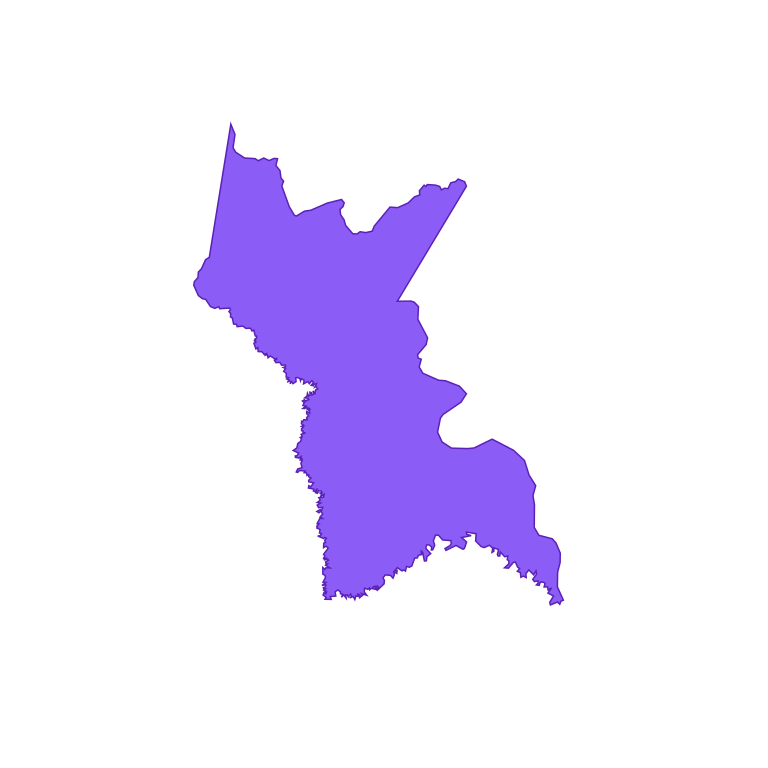 outline of Santander (Araracuara), Amazonas, Colombia, rotated 31°
{"feature_id": "7082276B22108715685729", "entity_name": "Santander (Araracuara)", "entity_type": "district", "adm_level": 2, "iso_a3": "COL", "parent_name": "Colombia", "parent_adm1": "Amazonas", "projection": "robinson", "projection_center": [-71.884, -1.077], "detail": "fine", "context": "isolated", "style": "filled", "palette": "violet", "viewbox_px": 768, "rotation_deg": 31, "n_neighbors": 0, "source": "geoboundaries", "source_scale": "gbopen_adm2", "svg_char_len": 6170}
<svg xmlns="http://www.w3.org/2000/svg" viewBox="0 0 768 768"><g transform="rotate(31 384 384)"><path d="M649.1,476.9L637.1,468.6L629.8,456.0L626.9,446.3L622.2,438.2L613.5,431.8L608.0,430.0L594.7,433.9L586.7,429.6L575.1,409.9L569.2,403.0L566.4,393.0L555.3,387.4L543.8,377.2L529.2,374.1L505.1,375.6L494.1,392.5L488.9,396.3L474.9,404.2L463.7,403.8L454.7,397.7L449.9,384.1L450.4,379.5L459.4,359.9L459.7,349.9L449.7,347.0L434.9,349.6L429.0,352.6L411.8,354.8L405.4,351.3L403.2,343.6L399.9,344.1L397.7,341.6L399.8,328.5L397.6,322.0L379.7,311.1L373.7,299.9L367.7,298.3L364.5,299.0L352.8,306.2L352.8,172.0L348.9,169.1L342.1,170.1L341.1,173.6L337.6,177.2L338.2,183.6L334.9,185.1L333.2,188.0L330.0,186.0L325.7,187.0L318.3,190.8L318.3,193.1L316.0,192.9L314.8,200.1L317.3,203.5L313.8,207.7L311.5,216.3L304.9,225.8L298.0,229.3L294.3,253.8L295.2,259.0L290.4,263.6L285.1,265.8L283.6,269.3L279.9,271.3L269.4,267.8L265.2,263.8L259.7,261.3L256.4,257.1L257.5,253.1L256.6,249.2L252.6,247.7L242.2,258.1L231.8,272.7L226.8,276.8L222.4,285.1L220.4,285.6L211.6,280.9L194.4,266.9L193.5,261.9L189.6,260.5L185.0,254.7L178.8,252.4L176.7,245.7L173.6,247.2L170.4,251.7L164.6,252.2L161.2,257.4L157.4,257.2L148.1,262.1L137.5,261.7L132.9,259.2L127.8,246.9L118.9,240.2L169.0,365.4L167.0,369.4L168.2,379.3L167.2,383.6L169.7,388.5L168.7,394.0L170.0,397.3L179.3,403.8L184.4,404.4L187.5,403.3L195.4,407.0L200.0,406.3L202.5,402.9L204.4,404.1L212.6,398.4L214.1,399.3L213.8,401.8L216.3,402.6L217.9,405.6L220.1,405.6L224.2,410.1L226.8,408.8L228.6,410.5L233.2,407.0L236.9,407.5L240.8,405.0L243.6,406.5L244.6,404.9L248.9,409.1L250.0,408.6L251.1,410.1L250.2,412.3L251.5,412.7L250.8,413.8L252.7,414.3L251.5,416.1L256.1,419.9L257.0,417.8L259.4,421.0L262.9,419.2L265.9,420.3L267.4,418.7L267.5,420.4L268.8,418.9L271.1,421.2L272.2,418.5L277.8,418.7L278.7,417.3L279.3,418.3L277.8,420.1L280.3,421.4L283.6,419.1L286.4,420.6L289.8,418.6L290.7,419.9L289.2,421.7L291.6,421.4L291.4,424.8L294.8,425.2L296.5,428.4L298.9,427.8L298.0,429.8L300.5,429.4L300.4,432.5L300.6,430.3L302.8,430.1L303.4,432.2L303.5,429.6L305.8,430.6L307.4,427.2L305.1,424.1L306.5,423.0L309.2,422.7L310.8,424.3L310.4,422.1L313.6,421.9L314.9,425.3L317.6,421.0L319.8,422.3L320.5,418.3L322.9,419.2L322.2,422.6L324.4,421.9L324.0,420.5L326.0,418.5L326.3,422.4L327.1,421.1L329.8,422.4L328.4,424.2L329.6,427.4L326.6,426.5L329.1,428.6L327.8,430.5L326.4,428.8L324.7,429.1L326.4,431.9L325.7,433.2L323.2,431.4L324.2,433.9L323.2,436.7L326.0,435.4L327.6,436.1L325.4,438.5L326.2,439.7L323.9,438.5L322.8,440.6L325.2,441.0L325.6,444.2L328.6,443.2L327.1,446.7L328.8,445.8L329.3,443.5L330.8,444.9L331.9,443.3L333.4,443.8L331.8,445.2L334.0,445.5L335.3,447.3L331.9,447.4L333.0,449.3L335.9,450.1L334.9,452.6L336.6,454.2L333.6,456.0L333.7,458.2L332.6,458.4L333.7,460.6L336.5,460.8L335.1,462.8L337.1,462.5L336.4,464.8L337.4,466.5L339.0,466.0L339.7,467.5L341.9,466.2L338.9,469.8L341.1,471.4L339.7,473.0L341.6,473.6L342.0,476.4L340.7,479.4L342.2,483.6L340.4,487.8L346.5,487.2L346.3,490.4L345.0,491.4L345.9,492.5L349.2,491.3L350.3,488.9L351.0,491.4L352.3,489.7L351.6,492.2L353.3,491.5L353.5,494.6L356.9,498.0L353.8,501.1L354.1,504.6L355.6,504.2L356.1,501.7L361.4,499.2L361.2,501.1L363.4,500.1L365.1,502.1L366.2,500.6L367.3,502.3L369.8,502.1L369.0,505.4L369.9,506.6L374.5,504.9L374.2,509.8L371.9,509.9L372.8,512.1L378.0,510.3L378.6,512.1L380.4,511.7L380.7,507.9L381.4,512.4L383.2,512.0L382.8,509.2L385.4,508.1L386.8,509.1L385.3,510.4L387.3,510.7L387.6,512.9L389.5,509.4L390.5,512.2L386.7,515.0L389.2,516.4L387.8,519.9L391.0,518.6L389.1,522.2L391.6,523.7L395.0,521.3L395.6,524.8L394.1,524.4L392.1,527.8L394.6,527.9L395.5,525.5L398.3,527.0L397.7,530.9L400.3,531.0L398.2,532.2L398.6,538.1L400.4,537.3L399.6,540.6L402.1,541.8L399.9,542.1L404.1,541.7L405.5,545.0L407.6,544.6L407.6,546.9L405.4,548.4L411.8,547.6L412.3,546.0L414.1,545.9L413.6,548.5L415.5,549.9L414.3,551.5L416.5,555.4L417.8,552.9L420.7,553.4L419.9,561.1L421.9,561.9L422.0,564.4L423.8,563.4L423.0,565.9L425.9,563.1L427.2,563.6L425.5,566.5L426.8,567.8L428.2,567.2L427.2,569.4L432.3,569.5L428.8,571.5L428.8,573.4L426.1,572.8L429.5,578.5L432.1,578.4L433.5,580.1L433.8,585.3L436.4,584.0L434.6,588.6L437.5,586.1L438.3,588.3L436.9,589.8L437.9,590.8L439.3,589.9L438.6,591.6L440.3,591.2L440.5,592.7L441.8,591.8L442.3,593.8L440.0,593.4L440.4,596.2L444.3,596.7L444.3,598.9L449.7,595.8L447.3,593.9L451.9,590.6L449.2,587.3L450.4,584.3L453.7,584.6L454.7,586.2L457.0,585.6L457.3,588.7L458.2,585.6L461.8,587.0L459.8,584.5L461.0,583.6L463.1,584.9L463.6,581.2L465.7,582.8L464.7,585.1L467.1,582.0L470.0,583.8L469.1,580.0L471.5,579.3L469.8,577.6L471.9,577.1L473.3,579.5L474.6,575.9L472.8,575.1L478.0,574.0L474.1,572.3L472.6,569.1L475.9,568.3L476.5,566.3L477.7,567.7L478.3,565.8L480.3,565.1L479.2,563.6L480.5,562.0L482.2,565.2L482.1,560.6L484.1,561.1L483.2,563.9L484.5,564.3L487.0,555.3L485.5,552.1L483.0,550.8L483.4,547.0L488.1,544.7L491.7,545.8L491.2,542.3L489.3,540.0L492.5,539.8L491.2,537.0L489.4,538.5L489.9,534.6L495.7,534.9L496.7,533.2L498.8,533.3L497.3,528.8L500.1,528.0L501.6,525.7L500.0,517.5L502.2,515.8L501.7,513.2L504.0,510.9L502.0,508.1L503.7,508.3L509.8,514.9L511.4,513.7L509.7,509.9L511.4,505.3L504.9,503.5L503.8,501.9L503.6,499.6L505.4,498.8L508.6,499.0L510.1,501.9L511.2,501.0L510.5,496.1L507.1,493.0L506.0,486.9L508.7,485.6L514.6,487.5L522.0,483.8L523.9,486.2L523.8,488.5L521.0,493.6L522.8,494.7L528.9,485.3L536.8,485.0L537.6,483.5L536.2,476.9L529.6,475.6L536.8,469.1L532.4,470.2L530.9,468.5L540.1,464.9L543.4,471.4L551.1,473.3L554.1,472.6L557.5,467.9L561.8,468.8L563.3,472.7L564.3,470.9L562.7,467.9L567.4,466.8L569.0,471.8L570.5,472.7L571.8,471.8L570.3,468.1L576.5,469.9L578.6,467.7L580.1,471.1L582.1,471.3L583.6,473.8L581.9,479.5L585.5,477.8L586.8,470.4L588.2,468.9L592.9,472.2L595.3,472.3L594.8,475.9L598.0,475.4L600.9,479.2L602.4,476.9L605.6,476.7L603.3,473.6L603.9,468.8L610.6,470.5L610.6,466.0L612.7,468.4L612.1,474.9L614.7,475.9L617.4,473.5L618.6,475.0L618.1,477.7L620.7,476.7L620.0,473.2L623.0,471.7L624.7,472.0L625.8,475.5L628.5,473.7L630.8,476.1L632.6,472.4L632.2,478.8L638.5,478.4L638.5,485.7L640.4,487.7L645.1,481.5L648.1,482.3L647.5,479.1L649.1,476.9Z" fill="#8b5cf6" stroke="#5b21b6" stroke-width="1.5"/></g></svg>